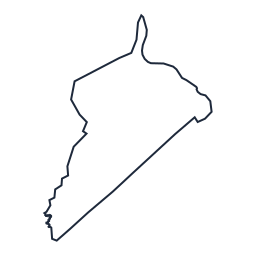 Isle of Wight, Virginia, United States of America
{"feature_id": "52423323B3800654156797", "entity_name": "Isle of Wight", "entity_type": "district", "adm_level": 2, "iso_a3": "USA", "parent_name": "United States of America", "parent_adm1": "Virginia", "projection": "robinson", "projection_center": [-76.854, 36.893], "detail": "fine", "context": "isolated", "style": "outline", "palette": "slate", "viewbox_px": 256, "rotation_deg": 0, "n_neighbors": 0, "source": "geoboundaries", "source_scale": "gbopen_adm2", "svg_char_len": 1826}
<svg xmlns="http://www.w3.org/2000/svg" viewBox="0 0 256 256"><path d="M74.6,81.3L71.1,99.5L79.6,114.6L86.8,122.1L83.0,131.2L86.5,133.6L73.7,146.7L67.4,166.3L68.1,175.5L62.0,178.6L61.5,185.3L55.2,189.4L54.4,197.6L49.4,200.1L50.4,205.3L46.5,211.8L44.4,213.1L44.5,213.2L44.7,213.4L44.9,213.5L45.0,213.6L45.2,214.0L45.3,214.1L45.5,214.1L45.5,214.5L45.3,215.1L45.5,215.2L45.8,215.2L46.0,215.3L46.0,215.5L45.9,215.8L46.0,216.0L46.3,216.0L46.4,215.9L46.4,215.7L46.7,215.7L46.8,215.9L47.1,215.8L47.1,215.4L47.4,215.3L47.8,215.4L48.0,215.2L48.1,215.3L48.2,215.8L48.7,215.5L48.9,215.2L49.0,215.2L49.4,215.4L49.5,215.3L49.6,215.1L49.8,214.9L50.1,215.0L50.7,215.5L51.1,215.8L51.2,216.1L51.1,216.3L50.8,216.7L50.9,217.0L50.5,217.3L50.3,217.6L50.1,217.7L49.8,217.4L49.6,217.5L49.6,218.0L49.8,218.2L50.0,218.2L50.0,218.4L49.8,218.4L49.4,218.3L49.3,218.5L49.4,219.5L49.3,219.8L49.2,219.8L49.0,219.7L48.9,219.8L48.8,220.2L48.6,220.2L48.4,220.2L48.4,220.3L48.8,220.5L49.1,220.9L49.1,221.1L48.8,221.3L48.3,221.6L47.9,221.7L47.8,221.8L48.1,222.1L48.0,222.6L47.9,222.9L47.5,223.2L47.5,223.3L47.4,223.2L47.2,222.8L47.2,222.7L46.9,222.7L46.8,222.9L46.7,223.3L46.6,222.9L46.5,222.6L46.4,222.6L46.3,222.9L46.4,223.4L47.1,223.7L47.7,223.6L48.1,223.6L49.3,224.4L49.6,224.8L49.6,225.0L49.3,226.1L48.6,226.8L48.8,227.0L49.1,227.1L49.7,226.9L50.2,226.8L50.7,227.1L51.3,227.7L52.1,238.8L56.7,240.6L70.4,228.6L88.2,212.4L112.9,191.5L134.1,171.8L175.0,134.2L194.7,117.3L197.7,122.0L205.0,118.7L211.6,111.8L210.3,101.2L205.5,95.4L200.6,94.1L197.7,91.8L196.6,89.4L197.0,88.2L196.3,86.9L186.4,80.1L182.0,77.9L176.5,69.4L173.2,66.6L163.6,63.5L150.9,63.2L147.9,61.9L144.7,58.9L142.5,54.7L142.0,50.6L142.8,45.1L146.3,35.8L146.8,29.9L143.2,17.1L141.3,15.4L138.0,22.5L136.5,39.7L131.3,52.9L119.5,57.9L74.6,81.3Z" fill="none" stroke="#1e293b" stroke-width="2"/></svg>